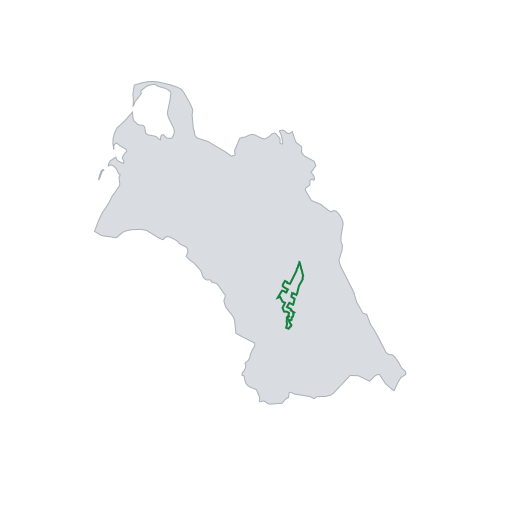 Wekilbazar, Mary, Turkmenistan shown in context, rotated 28°
{"feature_id": "10190150B57236240934442", "entity_name": "Wekilbazar", "entity_type": "district", "adm_level": 2, "iso_a3": "TKM", "parent_name": "Turkmenistan", "parent_adm1": "Mary", "projection": "natural_earth1", "projection_center": [61.577, 38.453], "detail": "fine", "context": "in_parent", "style": "outline", "palette": "green", "viewbox_px": 512, "rotation_deg": 28, "n_neighbors": 0, "source": "geoboundaries", "source_scale": "gbopen_adm2", "svg_char_len": 5421}
<svg xmlns="http://www.w3.org/2000/svg" viewBox="0 0 512 512"><g transform="rotate(28 256 256)"><path d="M160.0,177.4L181.0,178.5L187.5,179.4L190.2,176.5L190.0,175.8L189.1,175.2L187.6,173.1L186.4,159.7L188.2,157.7L190.4,156.3L193.5,152.1L195.1,150.8L197.5,149.7L205.6,149.4L208.9,148.6L211.9,143.8L212.5,141.0L214.7,138.7L216.0,138.8L221.4,140.7L222.5,141.7L224.3,145.2L226.4,145.0L226.7,144.4L226.5,143.6L224.9,141.4L221.6,137.4L218.3,134.9L218.0,134.1L220.9,132.1L226.6,132.9L228.0,132.3L229.6,129.1L237.1,136.3L238.5,137.0L244.5,137.9L245.5,138.9L247.5,143.1L249.5,144.2L252.1,145.0L262.8,145.1L266.1,147.9L266.7,148.6L266.0,150.5L265.8,154.3L264.9,155.8L265.5,156.4L269.3,158.0L271.5,160.4L271.7,161.4L271.1,162.1L269.3,161.8L268.4,162.9L268.4,164.8L269.7,166.7L270.1,168.4L268.2,172.3L268.2,173.9L268.7,174.8L278.4,180.7L279.9,180.9L289.3,179.9L291.0,180.5L299.2,181.8L301.5,181.6L303.0,179.7L304.5,179.0L305.9,178.9L309.8,180.1L314.0,182.7L316.7,185.0L318.0,187.1L321.8,198.7L324.3,203.4L327.2,205.8L329.3,210.4L331.1,220.2L332.2,222.2L336.6,226.1L359.5,242.2L366.4,249.4L377.2,256.3L381.1,255.5L389.5,262.9L394.9,265.7L401.8,270.2L416.2,280.2L419.3,280.6L422.8,279.2L425.8,280.0L431.3,282.6L437.2,286.5L442.1,287.8L443.6,289.5L443.7,290.5L441.0,295.3L440.7,301.6L441.1,310.0L439.7,310.1L429.9,307.8L420.6,302.6L418.4,304.3L417.3,306.0L415.1,313.2L402.6,313.7L395.3,317.2L388.8,340.8L387.3,343.7L383.2,347.5L376.1,351.3L375.0,352.9L374.7,354.3L373.9,354.7L369.9,354.7L354.7,359.9L351.4,359.9L350.1,360.3L349.5,361.2L351.2,365.9L349.8,367.3L348.9,369.6L348.2,373.7L338.2,380.1L336.1,380.8L332.1,380.2L330.0,380.9L327.9,382.9L326.9,382.3L326.4,380.3L325.3,378.9L319.1,373.8L311.9,374.6L309.3,374.2L307.1,373.3L303.9,370.3L301.8,367.5L299.5,367.9L298.9,366.5L298.8,365.0L299.4,363.1L299.3,359.6L298.0,357.0L296.6,355.9L298.2,351.8L298.2,348.7L297.2,345.4L296.8,340.6L297.1,336.0L295.7,333.6L274.7,333.8L267.3,322.9L264.2,320.2L253.8,315.6L251.0,313.2L248.6,310.5L248.0,306.7L246.9,304.5L245.3,304.2L237.1,299.9L233.9,298.8L229.4,299.8L226.8,298.6L223.7,300.3L222.3,300.4L219.0,299.4L214.9,295.4L211.5,293.8L204.3,291.3L199.2,290.6L194.7,289.1L194.3,288.5L194.2,285.2L193.6,283.8L192.3,282.2L190.6,280.9L182.9,281.1L179.3,279.8L176.5,279.6L170.4,279.8L168.4,280.7L167.2,281.8L166.4,285.0L165.8,285.5L159.8,285.6L147.2,284.8L141.8,286.5L133.5,291.4L128.7,295.6L127.3,297.5L124.4,304.8L123.1,305.9L121.5,306.7L119.9,306.9L112.3,309.8L109.4,310.5L101.9,310.1L100.4,299.2L100.0,290.6L101.1,278.6L100.9,271.0L102.4,259.3L102.1,256.5L98.3,251.3L97.9,247.8L95.6,247.6L91.9,244.6L88.2,243.4L86.3,243.3L84.6,244.2L83.3,245.9L82.5,243.2L82.6,240.4L85.8,234.5L87.6,236.2L89.8,236.9L95.5,236.5L95.0,234.5L92.1,232.5L91.6,229.8L91.9,227.0L92.7,224.4L91.9,223.4L90.6,222.7L87.5,222.8L79.5,221.8L78.5,224.9L80.6,228.9L77.1,224.3L74.7,219.6L73.3,214.1L73.2,208.1L76.6,198.6L79.4,186.9L82.4,191.8L84.6,193.9L89.5,195.3L91.9,195.0L94.5,193.7L97.0,194.2L100.8,199.2L103.6,199.8L109.5,197.9L112.2,197.4L114.6,198.3L117.1,198.3L116.1,195.9L115.7,193.6L117.2,192.4L121.7,193.7L125.4,192.3L126.1,191.7L126.5,189.7L126.1,185.8L125.3,184.1L123.2,181.7L115.2,176.0L112.6,173.8L110.4,170.9L107.0,159.3L104.3,151.9L103.3,151.0L98.5,150.4L89.5,152.2L86.4,151.8L84.9,152.6L81.1,155.7L79.3,158.4L76.7,164.5L78.5,166.4L76.7,176.8L77.4,181.1L77.1,181.5L74.6,176.0L71.1,170.5L68.3,162.2L73.9,156.7L78.6,152.9L83.6,150.0L88.7,148.1L100.3,145.0L106.7,144.0L111.8,143.8L115.7,145.6L126.2,152.3L130.8,156.0L132.1,157.6L133.2,161.2L140.8,172.9L142.6,174.5L145.6,178.3L148.5,179.4L160.0,177.4ZM81.6,261.3L81.3,262.9L80.0,258.2L79.4,253.0L80.4,251.5L81.4,251.6L80.4,253.5L81.6,261.3Z" fill="#d9dde1" stroke="#a8b0b8" stroke-width="1"/><path d="M301.3,245.2L297.4,241.0L297.2,241.0L297.5,241.7L297.6,242.1L297.8,245.1L298.3,246.0L298.1,248.3L298.7,250.0L299.1,264.6L296.6,265.1L296.4,265.2L295.8,264.4L293.3,264.4L293.1,268.5L293.5,269.6L293.7,270.0L294.6,270.3L295.0,270.4L299.0,270.6L299.9,270.6L299.7,272.3L299.9,272.8L300.0,273.1L299.9,273.7L299.8,274.2L298.9,274.2L297.7,273.8L297.4,273.9L295.2,274.4L294.9,280.5L294.8,282.7L296.5,280.8L298.5,282.2L300.8,283.9L303.6,283.7L303.7,285.5L303.7,289.2L303.9,289.4L305.8,291.1L307.0,291.9L308.9,290.9L309.2,290.7L311.8,290.7L312.0,291.4L312.3,292.8L313.6,293.8L313.4,294.4L313.2,295.0L312.3,294.9L312.1,295.9L313.2,296.5L312.9,297.3L313.3,298.0L313.6,298.7L314.0,299.8L314.3,300.1L315.3,301.3L315.8,303.0L316.3,305.2L316.6,305.2L318.9,304.9L318.9,304.2L319.2,303.8L319.2,303.6L319.2,302.4L319.6,302.2L319.8,302.0L319.8,301.8L319.8,301.2L319.7,300.3L316.9,299.0L316.1,298.3L315.7,298.0L315.3,296.9L316.9,296.5L317.4,295.5L316.9,294.7L316.3,293.5L316.3,293.4L316.6,292.9L317.1,292.2L317.0,291.8L316.8,291.1L316.6,290.3L316.5,290.1L316.3,289.7L315.7,289.2L316.3,287.9L313.1,287.7L312.3,287.7L312.2,286.7L311.3,286.5L307.2,286.5L307.3,284.8L307.4,281.7L311.6,281.6L311.5,280.5L311.3,279.7L310.7,277.6L310.5,276.8L310.2,275.6L306.4,275.4L306.3,275.0L306.2,274.8L306.0,274.4L305.8,274.0L306.0,272.9L305.5,272.3L305.3,271.8L305.7,271.8L306.4,271.9L306.5,271.8L306.6,271.4L308.4,271.6L309.1,271.2L309.9,271.4L309.9,271.2L309.9,270.2L309.8,269.3L309.4,268.0L309.1,266.7L308.7,265.7L308.7,265.1L307.9,262.1L308.1,257.3L308.1,254.4L307.7,253.9L307.4,253.5L307.4,253.2L307.1,252.6L306.9,251.2L306.4,250.7L304.9,249.3L304.6,248.7L302.9,246.9L302.1,246.3L301.3,245.2Z" fill="none" stroke="#15803d" stroke-width="2"/></g></svg>